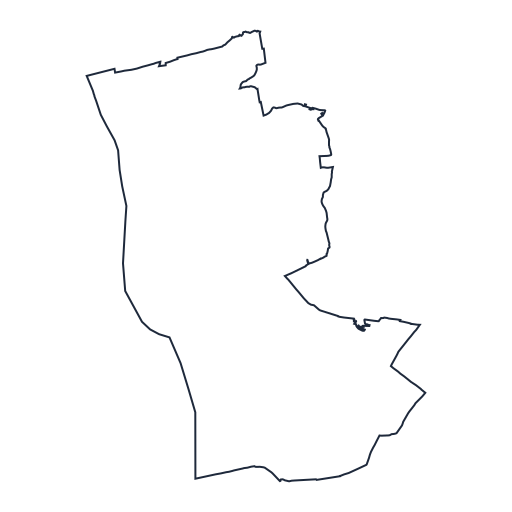 outline of Verguleasa, Olt, Romania
{"feature_id": "2599482B5579924920696", "entity_name": "Verguleasa", "entity_type": "district", "adm_level": 2, "iso_a3": "ROU", "parent_name": "Romania", "parent_adm1": "Olt", "projection": "albers", "projection_center": [24.361, 44.65], "detail": "fine", "context": "isolated", "style": "outline", "palette": "slate", "viewbox_px": 512, "rotation_deg": 0, "n_neighbors": 0, "source": "geoboundaries", "source_scale": "gbopen_adm2", "svg_char_len": 5966}
<svg xmlns="http://www.w3.org/2000/svg" viewBox="0 0 512 512"><path d="M366.4,464.8L366.8,464.1L369.0,457.9L369.9,454.7L371.0,451.8L373.2,447.5L374.6,445.1L376.5,441.3L379.5,435.5L381.1,435.7L388.7,435.4L389.8,435.2L391.5,434.2L392.1,434.1L393.6,434.0L395.1,433.7L396.3,433.3L396.6,433.1L402.0,425.4L402.7,423.5L403.2,421.8L408.1,413.3L409.2,411.7L414.3,405.2L415.5,403.2L422.2,396.5L425.3,392.8L421.4,389.6L420.9,389.0L416.0,385.2L411.1,382.0L404.2,376.4L400.3,373.6L398.2,371.7L393.4,368.2L390.9,366.1L391.7,364.4L396.5,355.7L397.6,353.5L398.3,351.9L399.2,350.7L403.2,345.7L408.5,339.0L410.9,336.2L414.2,332.0L416.2,329.9L419.8,324.8L417.3,324.7L412.3,324.0L411.1,324.0L410.6,323.8L410.6,323.5L408.8,323.0L403.6,321.8L399.7,321.1L399.6,320.9L400.2,319.9L396.6,319.4L390.8,318.8L388.8,318.5L387.2,318.0L384.4,317.6L384.1,317.6L383.5,318.0L382.5,318.1L381.1,318.0L380.4,319.0L379.4,320.1L379.1,320.7L378.7,321.2L378.0,321.2L374.2,320.8L364.8,319.5L364.5,319.7L364.4,320.2L365.0,323.4L365.2,323.8L366.9,324.5L367.5,324.4L368.5,325.0L369.5,325.1L369.3,326.0L362.9,325.8L362.6,325.9L362.6,326.1L362.6,326.4L363.0,326.9L361.7,326.9L359.5,326.7L358.6,325.5L358.3,325.7L358.2,325.9L358.5,326.6L358.1,326.8L358.1,327.1L358.4,327.6L359.1,328.1L360.5,328.7L361.6,328.6L362.6,328.7L363.4,329.1L364.8,329.6L364.7,329.9L363.9,330.8L362.4,330.7L359.0,329.0L358.2,328.4L356.9,326.9L356.3,325.8L356.1,324.7L356.1,324.3L354.3,323.8L355.0,322.8L355.6,322.3L356.1,321.5L356.1,321.3L356.0,321.1L355.5,321.3L355.4,321.5L354.9,321.5L354.8,321.3L353.9,321.3L353.9,320.4L354.4,320.4L354.4,319.8L354.0,319.8L354.0,319.2L353.7,319.2L353.7,318.6L343.9,317.5L339.4,316.8L338.2,316.4L338.2,316.1L321.1,310.7L319.8,310.2L318.9,309.6L314.0,305.3L312.8,305.0L311.0,304.7L308.3,303.1L303.8,298.3L298.5,291.9L296.2,289.3L288.2,279.5L287.4,278.8L284.9,276.0L291.8,273.0L305.7,266.2L305.9,265.6L308.3,264.0L307.3,260.8L307.2,260.1L307.3,259.9L307.5,260.0L307.9,261.6L309.0,263.7L309.5,263.4L311.8,262.8L314.2,261.8L318.0,260.1L320.4,258.7L320.5,258.9L323.6,257.5L324.4,256.8L326.5,255.9L326.7,254.8L326.5,254.1L327.1,253.4L327.7,251.0L328.1,248.5L329.4,247.6L329.6,247.0L329.2,245.4L329.2,244.6L329.4,243.6L329.3,243.0L328.7,241.3L328.4,239.9L326.6,232.6L325.9,230.9L325.4,228.0L325.3,226.2L325.6,223.8L326.0,222.7L327.2,220.5L327.4,219.2L327.1,217.4L326.6,212.9L326.0,210.8L324.7,207.8L323.9,206.8L323.0,205.5L322.1,203.6L321.6,201.9L321.6,200.9L321.9,199.0L322.8,197.2L322.9,196.5L322.9,195.1L323.5,192.9L323.7,192.5L324.5,191.9L326.6,190.9L327.8,189.8L328.6,188.8L329.0,187.9L330.0,186.1L330.7,182.4L331.1,179.4L331.7,177.3L331.7,174.1L332.0,172.6L331.9,171.4L332.9,167.0L328.0,167.8L326.1,167.7L324.7,167.4L322.9,167.3L321.9,167.4L320.8,167.8L320.1,161.9L319.8,158.4L319.5,156.2L326.9,155.9L328.8,155.7L330.9,155.1L331.2,154.7L331.2,154.2L330.7,151.6L330.1,149.2L329.4,147.4L329.4,146.5L329.0,145.3L329.0,141.1L329.1,139.9L328.8,138.5L326.6,132.2L326.0,129.7L325.7,129.2L325.8,128.7L325.5,128.3L323.6,127.0L322.5,125.9L321.9,125.1L318.7,120.4L318.4,120.6L317.9,119.5L318.0,118.9L318.8,118.1L323.1,115.5L323.3,114.7L323.9,113.7L323.5,113.4L322.5,113.5L322.8,113.9L321.9,114.6L321.3,113.7L322.2,113.0L322.5,113.4L323.0,113.3L324.1,113.4L324.9,111.6L325.2,110.6L324.9,110.3L320.9,110.1L319.3,109.9L315.9,108.7L313.2,108.0L313.3,109.2L312.1,109.2L312.1,108.1L310.7,108.2L310.6,108.4L311.1,108.6L310.7,109.7L309.6,109.3L310.1,108.2L310.5,108.4L310.5,108.1L305.0,106.2L305.2,105.6L305.6,105.8L306.0,104.6L304.9,104.3L304.6,105.5L305.0,105.6L304.9,106.2L303.9,106.1L303.0,105.8L301.9,104.8L301.5,104.5L297.6,103.5L293.3,103.9L287.9,105.1L286.4,105.5L282.8,107.1L281.7,107.5L279.1,107.6L276.5,108.2L275.9,108.1L274.8,107.6L273.5,107.4L273.0,107.7L272.1,108.6L271.0,110.8L269.1,112.9L266.3,114.6L263.6,115.6L260.8,102.0L259.7,102.3L259.2,99.8L257.5,89.1L257.2,89.3L254.7,87.2L250.9,86.2L249.6,86.5L249.2,86.8L247.3,86.7L245.8,86.9L244.4,87.3L243.1,87.3L242.0,87.7L240.8,88.4L239.8,88.5L240.4,87.4L240.7,84.9L241.2,83.9L242.7,82.1L244.2,81.5L246.1,81.1L247.6,79.6L249.0,79.0L249.3,78.6L249.8,78.3L251.3,77.5L253.6,76.0L254.5,75.0L255.4,73.3L256.2,71.5L256.6,70.3L256.8,69.5L256.8,67.8L256.4,66.1L256.4,65.7L256.7,65.3L257.0,65.0L257.8,64.6L258.9,64.5L259.8,64.7L261.0,64.5L265.5,62.8L263.8,48.6L262.3,48.8L262.2,48.4L259.6,33.4L260.2,31.6L259.3,31.5L257.8,30.8L257.6,30.9L257.3,31.4L256.9,31.6L256.2,31.2L255.9,30.9L254.5,30.7L251.5,32.1L250.3,32.9L249.9,32.9L249.2,32.8L248.7,32.3L246.8,32.2L245.6,31.6L244.6,32.0L243.5,32.1L243.2,32.3L243.0,32.7L242.8,34.3L242.1,34.9L241.5,35.8L241.0,35.7L239.6,34.7L239.4,34.8L239.3,35.8L239.2,35.9L238.7,35.9L238.0,36.3L237.6,36.2L235.7,36.7L235.0,36.9L234.0,37.6L233.6,37.6L233.0,37.1L232.5,36.8L232.2,36.9L232.1,37.1L231.8,38.4L229.8,40.3L227.4,42.3L225.3,44.6L223.4,45.4L222.3,46.5L214.2,48.6L211.9,49.1L210.7,49.3L210.2,49.3L207.2,49.9L204.8,50.9L202.7,51.6L200.6,52.0L196.3,53.2L191.4,54.2L187.2,55.4L177.4,57.7L177.5,59.1L176.8,59.2L173.8,60.2L170.1,61.7L165.7,63.0L165.7,65.3L159.0,66.2L160.0,63.8L159.7,63.6L159.9,62.9L160.0,62.2L160.4,61.9L160.4,61.7L155.6,63.0L153.6,63.8L151.9,64.2L148.1,65.3L142.7,66.7L136.8,68.6L131.3,69.8L124.4,70.7L121.4,71.4L115.1,72.6L114.5,68.8L86.7,75.9L92.9,90.8L93.8,94.1L94.3,95.3L94.5,96.5L96.1,100.7L100.8,114.8L106.7,126.1L114.6,140.3L118.1,150.3L119.6,169.9L122.2,186.3L126.4,206.0L125.4,220.9L123.0,263.3L125.2,291.0L142.0,321.8L150.1,329.4L159.1,334.2L169.5,337.4L180.6,363.2L188.7,389.8L195.3,412.3L195.4,478.7L215.8,474.3L220.9,473.4L226.2,472.2L228.9,471.8L232.1,471.0L234.1,470.4L242.7,468.5L244.0,468.1L247.4,467.7L251.1,466.7L254.5,466.2L255.0,466.6L256.0,466.9L259.9,466.8L263.5,467.3L264.8,467.7L271.4,472.3L272.6,473.4L279.9,481.1L280.4,480.9L280.5,480.3L280.6,479.8L280.8,479.5L282.5,479.3L283.5,479.6L284.8,480.3L289.1,481.3L291.7,480.7L294.4,480.5L316.0,479.3L316.6,479.9L340.1,476.2L340.1,475.9L340.6,475.8L344.1,474.4L348.7,473.0L358.3,468.6L366.4,464.8Z" fill="none" stroke="#1e293b" stroke-width="2"/></svg>